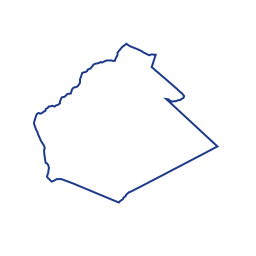 Nova Soure, Bahia, Brazil (Albers equal-area conic projection), rotated 202°
{"feature_id": "56859067B28975289124766", "entity_name": "Nova Soure", "entity_type": "district", "adm_level": 2, "iso_a3": "BRA", "parent_name": "Brazil", "parent_adm1": "Bahia", "projection": "albers", "projection_center": [-38.498, -11.321], "detail": "fine", "context": "isolated", "style": "outline", "palette": "blue", "viewbox_px": 256, "rotation_deg": 202, "n_neighbors": 0, "source": "geoboundaries", "source_scale": "gbopen_adm2", "svg_char_len": 2165}
<svg xmlns="http://www.w3.org/2000/svg" viewBox="0 0 256 256"><g transform="rotate(202 128 128)"><path d="M108.6,55.5L108.0,57.2L106.7,59.1L106.0,60.5L106.0,61.9L104.7,63.9L104.6,65.8L103.7,67.4L103.2,68.6L102.0,69.6L95.2,77.4L77.3,98.3L73.0,103.4L69.8,107.2L68.3,108.9L46.7,134.3L38.2,144.4L103.4,169.2L101.4,169.7L99.5,169.2L97.9,168.9L96.5,169.2L95.1,170.2L93.9,170.7L92.7,171.8L91.2,172.9L89.8,173.8L89.2,175.1L87.9,176.5L87.9,178.6L89.5,179.5L91.1,180.4L92.9,180.9L97.9,182.8L109.8,186.9L111.6,187.5L113.3,188.1L115.7,188.9L117.9,189.6L119.7,190.3L121.2,190.8L122.6,191.2L124.2,191.7L126.0,192.4L127.4,192.9L128.8,193.3L129.8,206.3L131.4,205.7L133.1,205.3L134.4,204.6L135.5,203.4L141.8,203.8L143.9,204.3L146.0,204.5L148.0,204.6L149.7,204.6L151.6,204.6L153.3,204.6L155.2,204.6L156.8,204.6L158.2,204.8L159.5,205.1L161.0,205.5L163.9,200.5L165.9,194.1L165.4,192.8L165.1,191.4L165.3,189.9L165.5,187.7L165.4,185.3L167.4,184.5L169.0,184.4L170.6,183.6L172.8,182.7L174.3,181.6L175.5,180.1L176.6,179.0L178.1,178.9L179.0,177.6L180.5,176.5L182.5,175.3L183.8,173.7L184.2,172.0L184.7,170.6L185.1,169.0L186.2,168.2L187.3,166.9L187.2,165.5L188.2,164.1L190.0,162.9L191.1,161.8L190.9,159.7L190.8,157.6L190.7,155.0L189.7,152.8L189.5,151.2L189.9,149.5L190.3,147.9L191.5,146.4L193.0,145.6L194.1,144.0L194.3,142.0L194.1,140.3L194.0,138.5L195.8,137.5L197.0,136.8L197.7,134.9L198.6,133.1L200.6,131.9L201.0,130.3L201.0,128.3L201.0,126.8L200.3,125.4L201.4,123.5L203.1,122.1L204.1,120.4L206.4,120.3L208.0,119.0L209.5,118.3L210.0,116.5L211.3,114.9L211.0,113.0L212.3,111.5L213.3,109.8L214.5,108.5L216.7,108.4L217.7,106.7L217.8,104.6L217.6,102.6L217.5,100.8L217.3,98.9L217.0,97.2L216.3,96.2L214.4,94.1L212.5,91.9L210.9,90.8L209.8,89.4L208.5,87.9L206.9,86.4L205.0,84.6L203.3,83.0L201.0,81.4L199.5,80.3L198.5,79.3L197.6,78.1L197.6,76.4L196.9,74.5L196.1,73.0L195.2,71.4L194.2,69.6L193.1,67.9L192.3,66.4L191.2,64.8L189.6,64.8L187.8,63.4L186.3,61.3L185.8,58.6L185.2,56.8L185.1,54.4L184.9,52.5L183.6,51.7L182.2,51.2L180.5,50.4L178.6,49.7L177.6,50.7L176.3,52.2L174.8,54.0L172.7,54.8L171.2,55.5L169.7,55.7L158.5,56.0L113.8,55.5L108.6,55.5Z" fill="none" stroke="#1e3a8a" stroke-width="2"/></g></svg>